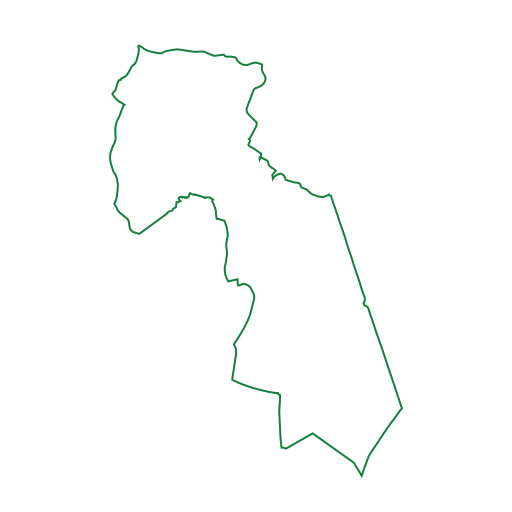 outline of 3e Arrondissement, Analamanga, Madagascar, rotated 194°
{"feature_id": "10022922B59270450060951", "entity_name": "3e Arrondissement", "entity_type": "district", "adm_level": 2, "iso_a3": "MDG", "parent_name": "Madagascar", "parent_adm1": "Analamanga", "projection": "robinson", "projection_center": [47.533, -18.895], "detail": "fine", "context": "isolated", "style": "outline", "palette": "green", "viewbox_px": 512, "rotation_deg": 194, "n_neighbors": 0, "source": "geoboundaries", "source_scale": "gbopen_adm2", "svg_char_len": 6137}
<svg xmlns="http://www.w3.org/2000/svg" viewBox="0 0 512 512"><g transform="rotate(194 256 256)"><path d="M296.4,443.3L299.5,443.6L302.0,443.6L303.0,443.6L305.1,442.8L306.1,442.3L307.7,441.1L309.9,439.7L311.7,438.7L314.4,438.6L315.7,438.7L317.1,439.0L318.1,439.3L320.0,440.2L321.0,440.8L322.3,442.1L323.5,443.3L323.8,443.4L324.5,443.7L326.2,443.6L328.2,443.4L329.5,443.2L331.2,442.7L332.6,442.2L333.7,442.3L334.6,442.5L335.4,443.1L335.9,443.6L337.1,443.1L343.4,440.7L344.9,440.1L349.2,440.6L351.6,440.9L353.1,441.1L354.1,441.4L355.3,441.7L356.5,441.6L357.8,441.4L361.9,440.1L363.8,439.6L365.9,439.1L368.0,438.9L370.6,438.7L373.7,438.4L376.3,438.1L378.7,437.9L382.7,437.4L387.4,435.5L388.6,435.0L393.1,432.8L394.0,432.3L395.6,430.9L396.5,429.9L398.5,429.4L401.5,429.1L405.1,428.9L408.0,428.9L410.7,429.0L413.2,429.4L415.0,430.0L416.6,430.8L418.8,431.5L420.2,431.7L420.7,431.7L421.0,431.4L420.5,430.1L420.3,429.5L419.9,429.0L419.4,427.3L419.3,426.4L419.1,423.3L419.1,418.9L419.1,417.0L419.4,415.5L420.2,412.8L421.2,411.7L422.3,410.0L422.8,408.6L423.5,405.3L424.4,402.3L425.3,400.1L425.9,399.0L427.0,397.8L428.6,396.6L429.6,395.7L429.6,394.4L431.5,393.4L431.8,393.0L432.3,387.6L432.4,384.4L432.6,382.4L433.3,381.5L434.3,379.5L434.5,378.2L432.8,376.8L430.6,375.1L427.7,373.4L425.7,372.6L424.4,372.4L421.2,371.2L420.2,370.9L420.9,369.9L421.3,367.5L421.7,364.5L422.0,361.6L422.5,357.8L423.4,354.0L423.6,352.3L423.6,349.7L423.6,347.5L423.5,346.6L423.3,345.6L422.1,340.7L421.1,338.0L420.6,336.2L420.5,334.9L420.5,333.1L420.8,331.1L421.3,328.4L421.6,327.3L421.7,324.5L422.1,322.8L422.1,320.3L421.8,318.7L421.8,318.1L421.1,315.0L419.8,311.9L417.7,308.0L415.5,304.6L414.9,303.6L414.0,302.5L413.0,301.9L411.6,300.4L409.6,297.2L408.1,293.8L407.3,292.0L406.3,287.1L405.8,282.5L405.3,277.6L406.1,272.6L404.9,271.0L403.8,270.1L402.6,268.8L401.3,266.9L398.8,265.1L397.1,264.3L395.2,263.5L389.2,260.6L388.4,259.6L387.3,257.7L386.2,254.9L385.3,252.7L384.3,251.4L383.7,251.0L381.9,249.8L381.0,249.6L375.4,249.3L374.5,249.2L374.3,249.6L352.4,275.9L352.0,277.4L350.5,278.4L348.2,279.9L347.7,281.9L345.5,283.9L345.7,286.0L346.1,289.0L344.9,289.2L343.2,290.4L342.6,291.0L343.0,291.2L344.0,291.7L344.5,292.7L345.0,293.8L344.3,294.4L343.7,294.9L343.2,295.1L342.0,295.4L341.5,294.9L341.1,295.6L338.5,295.9L338.6,295.4L337.8,295.5L337.9,296.1L336.4,296.5L335.8,296.6L335.8,297.5L335.6,300.2L335.2,301.0L333.2,300.5L330.4,300.4L330.3,300.9L329.8,300.8L328.2,300.8L326.9,300.8L325.9,300.7L324.2,300.6L322.9,300.6L322.0,300.4L321.6,300.4L321.0,300.4L320.4,300.4L320.0,300.0L319.7,299.9L319.5,300.3L319.2,300.7L318.2,300.8L316.4,301.3L315.3,301.6L314.8,301.6L313.1,300.8L312.3,300.5L311.3,300.5L311.4,300.0L311.7,298.5L311.5,297.9L310.7,297.3L309.5,295.9L306.4,291.2L303.5,283.1L302.9,282.4L301.3,282.9L295.5,282.6L295.3,282.6L294.6,281.8L293.8,280.7L292.9,279.2L292.5,278.6L291.6,277.1L290.3,274.4L289.4,272.2L288.5,270.2L288.3,266.9L288.0,263.1L287.6,260.0L287.2,258.0L286.7,257.0L285.8,254.7L284.7,251.6L284.4,249.3L284.0,245.7L283.7,242.9L283.6,237.4L282.4,233.2L281.5,230.9L280.5,229.3L279.2,227.5L276.9,224.7L272.9,226.6L270.1,228.0L268.4,229.0L267.5,226.1L266.8,224.3L265.9,223.0L262.2,225.6L260.3,226.2L257.3,225.8L254.3,224.5L251.7,221.8L249.3,219.0L248.3,216.8L247.5,214.7L247.4,213.1L247.6,197.1L248.1,192.9L249.9,184.3L251.0,180.4L252.9,174.1L254.7,169.0L256.1,165.0L254.9,163.7L253.3,161.5L252.4,159.5L251.9,157.2L251.6,156.1L251.2,151.3L250.6,145.6L250.0,138.8L249.6,133.7L249.1,130.1L242.1,128.8L238.2,128.2L232.0,127.6L226.6,127.2L223.8,127.1L216.8,127.1L211.3,127.2L206.2,127.6L204.5,127.8L201.4,128.3L201.0,127.4L200.4,127.1L199.6,127.0L199.2,127.0L198.5,124.8L198.2,123.5L197.5,119.9L196.9,116.1L196.1,112.4L195.7,110.2L194.7,107.0L189.2,88.6L187.5,83.3L185.5,77.9L184.9,76.3L183.5,76.6L182.1,76.6L180.3,76.4L158.1,97.6L111.1,79.1L101.9,70.0L100.3,68.3L100.0,71.8L99.1,80.8L98.2,89.0L96.2,95.3L93.2,103.2L90.4,111.4L88.5,116.7L86.7,121.6L84.3,127.3L80.9,135.6L78.4,141.9L78.1,142.3L77.5,143.4L81.0,148.9L93.3,168.3L103.6,184.4L107.8,191.1L111.8,197.4L115.8,203.5L119.6,209.1L121.8,212.6L124.4,216.7L127.7,222.0L130.8,226.6L133.0,230.2L134.2,232.1L134.9,233.0L136.1,233.8L136.9,234.1L137.2,234.2L137.9,234.3L138.3,234.3L138.9,234.3L140.3,236.4L140.0,237.0L139.8,237.9L139.7,238.7L139.9,239.5L140.0,240.4L140.1,241.3L146.3,250.8L147.7,253.3L153.5,262.5L154.9,264.6L158.1,269.6L160.3,273.2L163.7,278.8L165.8,282.0L170.5,289.2L174.1,295.6L178.7,302.7L182.8,308.9L186.9,315.5L190.3,320.8L192.2,323.6L197.9,332.6L198.6,332.5L199.1,332.5L199.5,332.7L200.0,333.3L200.8,332.6L203.9,330.1L205.4,329.5L208.4,328.9L210.0,328.8L211.5,328.9L213.6,329.2L214.8,329.3L216.1,329.4L217.1,329.8L218.2,330.2L220.1,331.1L222.0,332.3L222.9,332.8L223.9,332.8L225.2,333.1L227.1,333.3L227.9,333.4L228.6,333.9L229.5,334.6L230.3,335.9L230.9,336.6L231.5,337.0L232.5,337.2L236.8,336.7L239.5,336.8L242.7,336.9L244.8,337.0L245.4,337.1L245.8,337.4L247.8,340.2L248.2,340.6L248.7,341.0L249.6,341.3L250.5,341.6L252.2,341.8L253.5,341.3L254.9,340.0L257.0,338.0L257.7,336.9L258.0,336.1L258.3,335.0L259.8,338.6L258.3,341.6L257.5,343.6L258.9,344.3L260.2,345.0L261.8,345.3L263.7,346.2L265.3,347.1L266.6,349.2L267.7,351.0L269.1,351.6L270.3,351.8L271.3,351.9L272.4,352.3L274.8,352.9L275.1,352.6L275.5,351.8L275.7,351.2L275.8,350.6L276.1,351.2L276.3,352.0L276.1,352.7L275.5,353.1L275.4,355.3L275.5,355.8L275.8,356.6L276.3,356.8L277.3,357.1L282.9,359.2L283.7,359.6L284.9,359.9L286.5,360.3L287.6,360.6L288.5,360.8L289.3,361.2L290.0,361.9L290.4,362.4L290.0,364.1L289.5,365.4L289.6,366.7L291.2,367.8L290.6,368.5L289.2,373.5L288.2,377.5L287.3,381.6L287.1,382.6L287.1,383.5L287.5,385.0L288.2,386.1L291.8,388.2L295.0,390.1L296.9,391.3L298.6,392.4L299.4,393.3L300.0,394.2L300.5,395.3L300.7,396.5L300.6,397.7L300.5,398.3L300.4,400.7L300.1,403.1L299.6,406.3L299.1,411.3L298.7,414.8L298.3,416.7L298.0,417.4L297.0,418.9L296.2,419.2L293.3,421.4L291.8,422.8L291.4,423.4L290.5,425.1L289.7,427.2L289.6,427.5L289.6,429.7L289.7,430.7L290.0,431.5L290.5,432.2L291.0,432.9L292.2,434.1L293.7,435.6L294.7,437.1L295.4,438.3L295.8,439.8L296.0,441.7L296.4,443.3Z" fill="none" stroke="#15803d" stroke-width="2"/></g></svg>